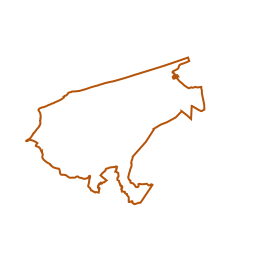 Copala, Guerrero, Mexico, rotated 144°
{"feature_id": "50627088B65029652077397", "entity_name": "Copala", "entity_type": "district", "adm_level": 2, "iso_a3": "MEX", "parent_name": "Mexico", "parent_adm1": "Guerrero", "projection": "orthographic", "projection_center": [-98.906, 16.624], "detail": "fine", "context": "isolated", "style": "outline", "palette": "amber", "viewbox_px": 256, "rotation_deg": 144, "n_neighbors": 0, "source": "geoboundaries", "source_scale": "gbopen_adm2", "svg_char_len": 5755}
<svg xmlns="http://www.w3.org/2000/svg" viewBox="0 0 256 256"><g transform="rotate(144 128 128)"><path d="M189.7,93.0L188.2,94.3L187.9,94.8L187.8,95.3L187.5,95.6L187.0,95.5L186.4,96.1L186.4,96.6L186.7,96.7L186.9,96.8L187.2,96.9L187.4,97.2L187.4,97.4L186.8,97.7L186.6,97.9L186.5,98.5L186.4,98.7L186.0,99.0L185.8,99.0L185.5,98.9L185.4,98.9L185.3,99.1L184.8,99.3L184.7,99.5L183.9,99.8L183.5,99.8L183.4,99.7L183.4,99.4L183.2,99.1L182.9,99.5L182.6,99.5L182.4,99.8L182.1,99.8L182.0,99.6L181.8,99.1L181.8,98.5L181.7,98.4L181.1,98.5L180.9,98.8L180.7,98.7L179.6,98.4L179.3,98.1L178.1,98.1L177.6,98.3L176.9,98.2L176.1,98.2L177.2,102.1L178.1,105.8L175.4,106.5L171.2,106.8L170.8,107.4L170.2,107.8L169.2,107.8L167.5,107.0L166.5,106.9L165.5,106.5L163.7,105.5L162.4,104.7L161.4,104.2L160.6,104.1L160.0,103.6L159.8,103.3L159.7,103.1L159.9,103.0L160.1,102.9L160.7,102.1L160.9,102.1L161.1,101.8L161.4,101.8L161.4,101.5L162.6,100.7L163.6,100.5L163.7,100.4L163.3,100.3L163.0,100.1L162.9,99.8L163.2,99.1L163.0,98.9L162.8,98.2L162.4,97.5L162.4,97.2L163.2,96.0L163.9,94.6L164.7,94.1L165.4,94.1L165.7,93.7L166.2,93.6L167.1,92.2L166.8,91.4L166.3,90.4L166.9,89.4L167.2,88.7L167.2,87.5L167.7,86.8L167.9,86.4L167.5,86.0L167.4,85.6L167.2,85.2L167.1,84.8L167.4,84.6L167.5,84.6L167.4,84.4L167.2,84.3L167.2,84.2L167.5,84.0L167.2,83.8L167.2,83.7L167.6,83.4L167.8,83.3L167.8,83.1L167.9,82.9L168.2,82.8L168.3,82.9L168.5,83.1L168.8,82.8L168.9,82.5L169.2,82.5L169.1,82.1L169.3,81.9L169.7,81.6L169.8,81.1L170.3,80.2L170.1,80.1L169.7,80.1L169.6,79.6L168.1,78.3L168.1,78.2L168.7,76.8L168.4,76.1L168.1,75.7L167.8,75.6L167.7,75.5L167.6,75.2L168.2,74.5L168.1,71.5L170.8,67.9L170.8,67.6L170.1,67.1L169.9,67.1L169.4,67.1L168.5,66.7L168.1,66.4L167.8,66.4L167.6,66.2L167.7,65.8L168.0,65.7L168.3,65.5L168.4,65.3L168.3,64.7L167.9,63.8L167.9,63.3L167.6,62.7L167.2,62.4L163.1,61.1L162.6,60.7L162.3,60.6L161.8,60.2L141.6,67.6L141.7,68.0L142.2,68.7L142.7,68.9L143.7,68.7L144.1,68.9L144.9,69.4L145.2,70.0L145.4,71.4L145.9,72.1L147.5,72.8L148.0,73.2L149.4,74.0L150.4,74.8L151.6,76.1L152.0,76.4L152.5,76.4L152.8,76.1L153.4,75.0L153.8,74.7L154.1,74.5L154.9,74.5L155.7,75.0L156.2,75.6L156.3,76.0L156.3,76.5L156.2,76.9L156.1,78.0L156.4,79.8L156.8,80.7L157.1,81.1L157.6,81.5L158.1,82.4L157.8,83.1L157.2,83.5L157.0,83.9L157.0,84.3L157.4,84.8L157.4,86.1L157.2,87.1L156.7,87.8L156.6,88.3L155.7,88.9L154.0,90.5L152.4,91.6L150.0,93.6L149.4,93.9L148.1,94.7L147.4,95.3L146.8,96.2L146.1,96.9L146.1,97.4L145.9,98.0L144.0,99.6L143.5,99.8L142.9,100.3L142.1,100.9L141.5,101.4L141.2,102.0L121.7,106.3L108.2,111.5L108.1,112.2L99.6,111.5L93.2,109.8L83.2,108.5L75.1,109.9L74.8,110.3L73.0,104.3L71.7,98.2L63.5,108.4L63.1,107.9L60.3,101.2L58.9,98.7L58.5,98.4L56.4,98.2L55.4,98.0L52.6,102.2L47.7,112.9L46.4,114.6L46.1,115.2L45.5,116.8L44.6,118.2L48.2,120.1L49.3,121.7L50.6,121.9L51.5,122.4L52.3,122.8L52.8,123.7L55.3,124.3L56.0,125.6L57.4,129.2L57.9,132.0L58.8,135.2L59.0,136.9L59.0,138.2L58.9,139.0L59.3,139.7L59.6,139.9L59.8,140.7L60.0,141.1L60.3,141.3L60.6,142.5L60.9,142.9L61.3,142.9L61.6,142.8L61.8,142.6L61.7,141.5L61.6,141.1L61.4,140.8L61.4,140.7L61.6,140.7L62.0,141.0L62.2,141.3L62.2,141.6L62.1,142.3L61.8,142.9L61.6,143.2L61.1,143.3L60.3,143.3L59.8,142.8L59.6,142.3L58.9,141.3L58.4,140.9L57.1,140.1L57.0,140.6L57.2,142.0L58.2,142.4L58.5,142.8L58.6,144.3L58.9,145.0L58.6,145.6L58.7,146.0L59.1,146.2L59.4,146.5L59.2,147.0L58.5,147.4L58.1,147.4L56.1,147.0L53.2,146.6L52.3,146.7L51.6,147.1L50.6,148.0L49.8,148.5L48.8,148.6L47.2,148.4L45.5,147.7L41.5,146.7L39.1,146.2L38.0,149.7L56.1,155.2L63.9,157.7L77.6,162.3L83.9,164.5L91.2,167.0L101.3,170.3L112.7,174.5L115.6,175.9L120.7,178.0L123.0,178.7L125.0,179.5L126.9,180.0L132.1,182.0L134.3,182.8L136.2,183.3L140.2,184.6L144.5,186.2L145.4,186.5L146.1,186.8L146.3,187.0L146.7,187.3L147.4,187.6L149.1,188.6L150.1,189.3L150.7,189.6L151.8,190.4L152.7,190.5L154.7,191.3L155.5,191.4L156.4,191.4L156.9,191.0L157.2,190.8L158.6,190.7L159.9,190.9L160.1,191.1L161.7,191.2L161.9,190.4L162.4,190.3L165.2,190.4L167.1,190.6L168.4,190.9L172.5,191.8L174.0,191.9L175.1,192.5L177.3,192.8L177.7,192.9L178.2,193.2L181.3,193.7L183.8,194.4L185.2,195.1L187.6,195.7L188.6,195.8L189.4,195.5L189.9,195.2L190.0,194.8L190.2,192.2L190.5,191.3L191.1,190.0L191.4,189.3L191.9,188.6L192.8,187.4L193.3,187.4L193.5,187.0L193.6,186.6L193.9,186.2L194.1,186.0L194.6,185.9L195.0,185.5L195.0,185.0L195.1,184.8L195.6,184.3L196.1,183.2L197.4,182.2L198.1,182.0L198.7,181.8L198.9,181.5L200.7,180.9L201.1,180.9L202.1,180.7L204.8,179.8L206.8,179.3L207.2,179.4L207.9,179.2L208.0,178.9L209.1,178.6L211.2,177.8L212.3,177.4L214.2,177.1L216.8,177.5L217.8,177.5L218.0,177.2L217.8,177.0L217.2,176.6L214.5,176.4L212.7,174.2L211.0,171.4L210.2,169.0L212.0,168.5L213.1,167.6L212.3,166.2L211.5,165.3L211.1,163.3L211.9,159.6L211.2,159.8L212.1,158.2L212.6,156.5L214.2,155.2L214.8,154.2L214.9,152.4L214.4,149.8L213.7,147.6L212.3,144.7L212.1,143.7L212.3,143.4L212.5,143.3L212.1,142.0L211.8,141.2L211.7,140.7L211.5,140.0L211.2,139.5L210.9,139.2L208.7,136.4L207.8,135.7L207.8,134.9L207.9,134.5L208.5,133.3L208.8,132.6L209.2,131.8L209.5,131.4L209.6,130.8L209.6,130.1L209.5,129.6L209.0,129.0L208.8,128.8L208.3,128.5L207.4,127.9L206.3,126.7L205.8,126.0L205.6,125.4L205.3,124.0L205.2,123.7L205.0,123.4L204.6,122.5L204.2,121.9L203.1,121.1L202.5,120.8L200.8,119.5L200.4,119.2L199.7,119.0L197.9,118.8L197.6,118.7L197.3,118.5L197.1,118.2L196.7,116.9L196.0,115.8L195.1,115.1L194.0,113.3L193.5,112.7L192.5,112.1L190.5,111.4L189.9,111.3L188.7,111.5L187.8,112.0L187.4,111.9L187.0,111.6L187.5,110.6L188.5,109.7L189.7,109.0L191.0,107.4L194.4,104.4L194.5,103.5L194.0,101.4L194.4,100.2L194.5,99.2L194.0,99.0L193.7,97.7L193.1,96.5L192.9,96.4L192.4,95.1L191.6,95.0L191.3,94.7L190.5,93.9L190.0,93.6L189.7,93.0Z" fill="none" stroke="#b45309" stroke-width="2"/></g></svg>